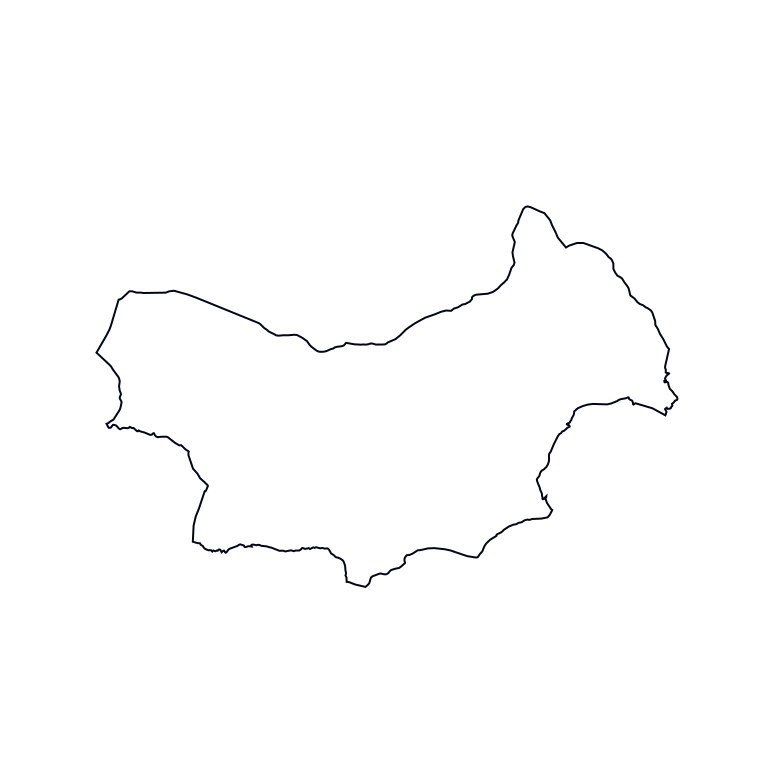 outline of Deleg, Cañar, Ecuador, rotated 110°
{"feature_id": "8360857B48088232281675", "entity_name": "Deleg", "entity_type": "district", "adm_level": 2, "iso_a3": "ECU", "parent_name": "Ecuador", "parent_adm1": "Cañar", "projection": "mercator", "projection_center": [-78.939, -2.766], "detail": "fine", "context": "isolated", "style": "outline", "palette": "ink", "viewbox_px": 768, "rotation_deg": 110, "n_neighbors": 0, "source": "geoboundaries", "source_scale": "gbopen_adm2", "svg_char_len": 6166}
<svg xmlns="http://www.w3.org/2000/svg" viewBox="0 0 768 768"><g transform="rotate(110 384 384)"><path d="M550.2,305.8L545.3,303.1L544.7,303.1L543.0,304.4L541.3,304.9L539.8,304.9L537.1,304.1L536.0,301.7L533.6,299.1L528.8,295.5L527.6,292.9L523.4,286.4L521.0,280.5L518.5,270.4L517.7,264.9L517.3,247.1L515.8,239.1L515.3,237.5L514.7,236.7L510.8,235.7L507.8,234.4L502.8,234.2L500.8,233.9L498.4,233.2L493.9,230.9L488.2,226.4L487.6,226.7L486.5,226.3L483.4,223.2L481.7,222.2L480.0,221.5L475.2,217.9L471.9,214.3L470.7,212.0L468.2,209.8L467.5,208.3L466.6,207.2L464.3,205.5L463.1,204.1L462.3,202.6L462.0,201.0L460.1,198.4L456.6,190.0L453.7,185.2L452.9,184.5L450.3,183.5L444.9,182.8L444.2,184.5L440.0,190.2L437.4,192.3L435.8,193.2L434.7,192.9L433.9,193.1L435.4,193.8L437.3,194.4L437.9,195.2L437.6,195.9L436.3,196.3L434.8,197.4L433.7,197.7L432.0,199.0L430.6,200.5L427.7,202.6L424.0,206.0L422.1,207.4L421.3,207.7L420.5,207.7L417.5,206.6L414.1,206.8L413.0,206.7L411.3,206.0L409.6,204.6L406.6,203.1L403.6,202.5L400.2,202.6L398.7,203.0L395.8,204.2L393.1,204.9L390.6,204.2L382.2,203.8L373.2,202.7L371.0,202.0L369.7,200.8L367.8,200.4L366.5,198.9L363.8,197.3L362.5,196.8L360.6,195.0L360.2,195.1L359.5,195.8L359.5,198.1L359.3,198.4L358.9,198.4L358.1,197.8L357.4,196.8L356.4,196.2L355.4,196.2L353.9,195.7L352.0,195.8L348.3,195.2L346.4,195.4L344.7,195.9L341.3,194.1L340.2,193.3L336.6,189.5L333.5,185.2L331.3,180.9L326.8,167.3L324.6,163.9L320.2,158.9L319.0,158.3L317.1,156.1L314.8,152.0L313.1,150.1L313.0,149.5L314.3,148.4L314.5,147.7L314.8,145.1L316.1,143.9L317.9,143.0L318.0,142.5L317.6,142.1L316.7,141.8L316.1,141.0L315.0,123.5L317.2,108.9L313.8,109.0L313.3,109.2L311.5,111.3L311.1,111.3L309.6,110.2L310.3,109.5L310.4,109.1L309.8,107.7L308.9,106.4L308.5,106.2L307.0,106.2L306.3,105.7L305.8,105.6L304.1,106.6L302.5,105.5L300.1,104.8L298.8,103.3L298.3,103.1L297.3,103.3L296.1,104.1L294.2,107.9L292.4,110.3L290.7,113.8L288.0,116.1L285.5,117.5L285.2,118.8L286.3,120.4L286.4,120.9L286.1,121.2L285.2,121.7L284.8,121.5L284.6,120.4L284.2,120.3L282.8,121.7L281.8,121.8L279.1,121.2L276.8,119.7L276.4,120.3L277.0,122.3L276.8,123.2L274.4,124.0L272.6,125.4L271.2,125.9L267.9,126.3L253.7,128.1L251.9,131.1L246.6,136.6L242.5,141.8L238.5,145.6L235.7,149.2L232.1,150.7L225.0,156.4L223.6,158.4L222.5,162.5L222.5,163.9L221.4,167.6L221.3,171.2L220.4,173.9L218.0,177.8L216.5,182.8L210.3,187.0L208.3,189.6L206.3,192.8L203.5,196.3L202.9,198.2L202.3,201.9L200.2,204.9L197.4,207.8L192.1,209.8L189.6,212.3L188.8,213.4L187.9,216.4L185.8,219.5L183.8,224.5L183.2,229.2L183.3,244.9L185.5,250.9L190.6,257.3L193.5,259.7L187.0,270.7L183.1,274.3L177.2,280.5L173.3,283.9L168.6,291.7L168.5,296.7L167.7,306.6L168.0,309.7L169.1,311.4L169.6,311.9L172.1,313.0L184.3,313.6L186.8,313.1L189.4,313.7L198.2,314.6L199.6,314.5L200.9,314.1L205.9,309.6L216.4,308.3L219.8,306.5L225.3,302.9L227.6,302.7L231.2,303.9L238.8,303.8L243.9,304.2L244.9,304.8L247.0,305.6L251.0,307.9L255.2,309.6L258.2,311.6L260.2,313.1L263.6,317.3L268.5,327.8L269.7,329.3L271.2,330.5L272.2,330.9L274.3,330.4L276.0,331.1L277.0,331.3L281.2,335.2L282.4,337.4L286.8,340.9L289.1,344.0L292.3,346.0L293.6,350.5L294.3,351.7L296.7,355.2L301.0,359.9L307.8,368.2L316.4,375.7L322.3,380.0L325.7,382.2L332.3,385.2L338.0,388.6L343.8,394.8L344.7,395.2L346.2,396.3L347.6,399.3L349.7,405.1L349.9,408.7L350.6,410.6L351.9,412.2L353.1,414.3L354.2,417.7L354.8,418.7L356.8,425.3L358.3,433.7L361.5,434.9L363.1,436.9L364.9,440.5L366.2,442.5L368.2,444.1L369.7,446.2L372.9,449.5L374.1,451.4L375.3,454.1L375.9,456.5L375.7,458.8L373.7,465.2L372.7,467.3L370.0,471.1L368.6,476.3L367.8,481.6L367.8,483.0L368.5,485.3L371.2,491.2L372.5,495.0L374.7,499.7L375.2,502.4L374.8,503.6L374.1,510.2L373.1,512.7L372.4,515.6L370.0,520.9L369.6,522.6L367.1,590.1L367.1,599.6L368.2,613.2L370.4,617.6L372.8,620.3L380.7,641.0L381.4,644.1L382.8,648.0L383.0,652.2L383.7,654.4L384.2,655.1L393.2,659.6L395.0,661.3L395.5,662.2L422.3,660.6L426.6,660.6L433.8,661.5L452.9,664.9L459.8,648.6L460.8,646.6L463.2,643.6L468.2,636.1L469.2,635.0L470.6,634.0L472.0,633.2L477.0,632.1L480.6,630.1L482.5,628.4L483.7,627.6L486.9,627.8L487.5,627.5L488.3,627.0L490.2,624.8L491.5,624.2L496.8,623.5L499.2,623.6L509.8,626.0L510.5,626.4L512.2,627.9L515.1,629.8L516.3,631.1L518.9,628.3L519.3,627.5L518.8,626.4L518.3,625.7L515.2,624.8L514.9,624.4L514.6,622.6L514.7,621.2L516.5,618.0L516.8,616.5L514.4,614.2L513.2,609.7L512.4,608.8L511.2,608.2L511.6,605.9L511.0,604.4L512.8,599.9L512.6,599.2L511.7,598.9L511.6,598.1L511.9,597.7L511.5,592.3L511.8,586.5L511.1,584.9L509.4,584.1L509.0,583.6L509.0,583.1L510.5,581.8L511.2,580.4L511.4,578.5L509.9,575.6L508.0,570.7L507.9,569.1L510.7,560.5L511.7,555.5L510.9,553.5L513.3,548.3L514.2,544.4L516.4,544.0L517.9,543.3L528.9,534.5L532.0,528.7L535.5,524.5L537.5,519.4L539.6,514.9L540.3,514.6L545.1,514.8L545.9,515.2L546.1,515.8L564.6,515.3L572.8,515.6L582.1,514.5L597.6,509.7L597.3,504.8L596.6,502.4L597.8,501.2L598.2,498.9L599.5,497.3L600.1,495.8L600.3,493.0L600.2,491.7L599.7,491.0L599.4,489.7L600.2,488.1L599.1,487.7L598.8,487.3L598.9,485.6L598.8,485.2L597.7,484.2L597.6,483.3L596.1,482.7L595.9,482.3L595.7,481.4L595.9,481.0L597.6,479.0L595.6,478.0L595.3,477.3L596.5,475.7L596.7,475.1L596.3,474.6L593.0,473.6L591.8,472.9L586.5,466.6L584.5,465.0L583.9,464.3L583.7,460.4L584.7,459.4L584.8,458.9L584.3,457.9L582.7,455.8L582.0,452.8L581.4,453.5L580.9,453.6L580.2,453.2L579.5,451.5L579.2,448.9L578.2,447.4L577.9,446.0L578.0,443.8L576.7,438.7L576.6,436.0L576.3,433.7L576.5,425.2L575.1,421.7L575.1,419.5L572.1,414.5L571.9,411.5L570.7,410.1L569.5,406.7L567.7,405.4L566.1,404.8L565.9,404.2L565.9,401.5L564.0,398.7L564.4,397.1L561.8,394.7L561.7,393.2L561.0,392.5L560.6,391.6L560.2,387.8L559.2,385.9L558.9,383.2L557.9,381.1L557.9,380.3L558.7,378.7L561.3,375.8L562.0,372.7L563.0,370.6L563.2,369.4L562.9,367.9L563.1,365.3L563.7,362.7L564.3,361.6L566.4,359.7L568.7,358.1L572.1,356.6L574.8,354.9L577.1,354.7L578.6,353.1L582.7,351.4L582.1,348.7L582.3,342.7L581.0,332.0L577.9,330.3L576.2,329.7L570.7,330.1L569.8,329.8L568.4,328.8L563.8,323.4L563.1,321.9L563.0,320.3L562.6,318.2L561.8,316.5L560.2,315.3L557.6,314.4L556.3,313.6L553.5,309.9L551.8,307.0L550.2,305.8Z" fill="none" stroke="#020617" stroke-width="2"/></g></svg>